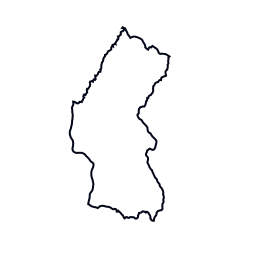 Brasília de Minas, Minas Gerais, Brazil, rotated 159°
{"feature_id": "56859067B44310993838483", "entity_name": "Brasília de Minas", "entity_type": "district", "adm_level": 2, "iso_a3": "BRA", "parent_name": "Brazil", "parent_adm1": "Minas Gerais", "projection": "equal_earth", "projection_center": [-44.453, -16.238], "detail": "fine", "context": "isolated", "style": "outline", "palette": "ink", "viewbox_px": 256, "rotation_deg": 159, "n_neighbors": 0, "source": "geoboundaries", "source_scale": "gbopen_adm2", "svg_char_len": 5713}
<svg xmlns="http://www.w3.org/2000/svg" viewBox="0 0 256 256"><g transform="rotate(159 128 128)"><path d="M96.4,222.6L96.6,221.0L98.1,220.2L99.4,220.4L100.5,220.0L100.9,218.4L101.6,217.5L102.4,217.5L103.6,216.7L104.6,217.0L104.8,215.3L105.4,214.3L106.3,214.5L106.8,213.6L107.7,213.1L108.6,212.4L109.4,211.6L109.6,210.6L110.5,211.4L111.3,211.0L112.4,211.1L112.7,209.6L113.3,210.4L114.1,209.6L115.0,208.9L115.4,207.5L116.4,207.1L117.7,206.8L118.9,206.8L120.0,205.9L121.0,205.0L122.1,204.4L123.3,204.5L123.9,203.0L125.1,202.5L126.1,201.5L126.7,200.6L127.3,199.4L128.5,198.7L129.3,197.7L130.3,196.4L130.8,195.1L131.4,193.6L132.1,192.7L133.1,192.5L133.0,191.4L133.6,190.4L135.2,190.8L136.1,190.1L136.7,189.2L137.4,188.8L138.1,188.3L139.0,188.0L139.8,188.7L140.4,187.1L140.6,185.3L141.5,184.7L142.5,185.6L143.5,184.9L144.1,183.8L145.1,184.8L145.9,184.7L146.8,184.9L147.4,184.1L147.7,182.4L148.3,181.0L149.1,180.4L150.5,179.4L151.5,178.7L152.2,179.2L152.8,178.4L153.1,177.2L153.3,175.8L154.5,175.3L155.2,174.7L156.0,174.0L156.9,175.0L157.7,174.5L158.5,173.2L158.0,172.1L158.7,171.7L159.6,171.0L160.5,169.9L161.5,169.7L161.9,168.8L162.9,169.3L164.0,169.8L165.0,169.0L166.0,168.9L167.0,169.5L167.8,170.7L168.8,171.8L169.8,172.3L170.1,171.0L170.3,170.0L171.1,169.1L172.1,168.0L173.0,167.2L173.4,165.7L173.7,164.4L174.2,163.2L174.5,162.1L174.7,160.8L175.1,159.4L175.8,158.2L176.2,157.3L176.6,156.2L177.3,155.4L177.8,154.2L178.5,152.8L179.0,151.7L179.8,150.6L180.6,149.5L181.2,148.5L181.9,147.6L182.6,146.8L183.3,146.0L183.9,144.9L184.4,143.4L184.7,142.2L184.7,140.8L184.8,139.8L184.5,138.2L184.1,136.6L184.1,135.6L184.4,134.5L184.6,133.3L185.2,132.1L185.9,130.7L186.6,129.8L187.2,128.7L187.6,127.3L187.4,125.7L186.7,124.6L185.9,123.8L184.8,123.1L183.5,122.7L182.0,122.2L181.3,121.9L180.6,121.6L179.8,121.2L178.8,120.2L177.8,119.0L177.4,117.8L176.9,116.4L176.3,115.3L175.9,114.3L175.5,113.2L175.2,112.0L174.8,110.5L174.4,109.5L173.7,108.7L173.1,107.5L173.3,106.1L174.0,104.8L174.7,103.8L175.5,103.0L176.3,102.3L177.0,101.4L177.7,100.5L178.2,99.6L178.7,98.3L179.2,96.8L179.5,95.4L179.6,94.0L179.7,92.1L179.9,90.7L180.1,89.4L180.5,88.0L181.4,86.2L182.2,84.7L182.9,83.6L183.7,82.6L184.8,81.8L186.1,81.0L187.3,80.0L188.0,78.6L188.5,77.3L189.0,76.3L189.7,75.4L190.4,74.4L191.2,73.3L191.8,72.3L192.4,71.1L191.7,70.5L191.2,69.5L190.5,68.6L189.4,67.4L188.3,66.6L187.5,66.1L186.6,65.6L185.7,64.8L184.9,64.1L184.1,64.3L183.1,64.8L182.1,64.9L181.2,64.9L180.3,64.7L179.1,64.3L177.9,63.5L176.8,62.6L176.1,62.2L175.3,61.8L174.4,61.3L173.8,60.9L172.9,60.0L172.0,58.7L171.3,57.7L170.4,57.2L169.4,57.3L168.5,56.7L168.1,55.5L168.5,54.0L167.5,53.6L166.7,54.1L166.1,52.7L165.5,51.9L165.1,50.9L164.8,49.3L164.1,48.5L164.0,47.0L164.1,45.9L163.4,44.8L162.1,45.5L161.0,45.3L160.4,44.3L159.3,43.7L158.0,44.1L157.2,43.8L156.5,43.3L155.5,43.1L154.7,42.6L154.1,41.7L153.3,40.6L152.0,40.4L150.7,41.1L150.0,42.7L148.8,43.7L148.1,44.8L147.3,44.5L146.3,44.3L145.1,44.7L144.1,44.9L143.4,44.4L142.4,43.8L141.7,42.7L141.0,43.3L140.0,42.6L139.3,41.6L139.3,40.3L138.8,38.9L138.9,37.8L139.0,36.6L139.6,35.5L139.1,34.5L139.1,33.4L138.2,32.7L137.2,32.1L136.4,33.4L135.8,34.4L135.1,35.2L134.1,35.9L133.2,36.2L132.3,37.2L131.8,38.5L130.9,39.2L129.7,39.7L128.6,39.7L127.4,39.6L126.4,39.3L125.5,39.6L124.7,40.3L124.4,41.4L124.0,42.7L123.5,43.7L122.8,45.0L121.7,45.8L121.0,46.8L120.9,48.1L120.5,48.9L119.6,49.7L119.3,51.0L119.0,52.1L119.0,53.6L118.3,54.7L118.0,56.0L117.9,57.1L118.0,58.4L118.2,59.8L118.9,61.4L119.0,63.1L118.7,64.3L119.2,65.6L119.6,67.0L119.7,68.1L119.5,69.4L119.7,70.5L120.3,71.5L120.5,72.5L120.6,74.1L120.7,75.8L120.8,77.4L120.9,78.6L120.7,79.9L121.3,80.9L121.8,82.9L122.0,84.3L121.9,85.4L122.0,86.6L122.2,87.9L122.2,89.0L121.5,90.1L120.7,91.2L120.3,92.1L120.0,93.2L120.2,94.2L120.8,95.5L120.7,97.0L119.9,98.0L119.0,98.7L118.6,99.5L118.0,100.2L117.1,100.2L116.2,100.8L115.1,100.9L114.4,100.3L113.8,99.5L113.0,98.8L112.1,98.7L111.2,98.7L110.4,99.3L109.4,100.3L108.6,101.5L108.0,102.4L107.5,103.2L106.9,103.9L106.4,104.8L106.1,106.0L106.5,107.5L107.1,108.8L107.5,109.9L108.2,111.1L108.6,112.9L108.8,114.6L109.4,115.4L110.1,116.3L110.5,117.6L110.4,119.0L110.1,120.3L109.7,121.4L110.0,122.7L110.4,123.9L110.7,124.8L111.3,126.1L111.9,127.3L112.1,128.4L112.3,129.5L112.6,130.8L113.4,131.6L114.0,132.3L114.4,133.3L114.6,134.8L114.7,136.3L114.1,137.3L113.1,137.6L112.5,138.2L112.1,139.5L111.5,140.7L111.0,141.8L110.1,142.2L109.3,142.9L108.3,142.9L107.3,142.8L106.2,142.8L105.4,142.2L104.3,142.7L103.3,143.6L102.6,144.7L101.9,145.5L101.5,146.5L100.6,146.7L99.9,147.9L99.3,149.1L98.4,148.6L97.7,149.8L96.9,150.3L95.8,150.7L94.5,150.7L93.4,151.7L92.2,152.2L91.5,153.2L90.8,154.5L90.5,155.9L89.9,156.9L89.4,158.0L88.6,158.2L87.7,159.0L86.7,159.9L85.5,160.3L84.7,160.3L83.5,160.1L82.7,160.7L81.9,161.2L81.0,161.4L80.0,160.9L79.5,161.8L78.7,163.1L77.6,163.0L76.6,163.3L75.5,163.3L74.6,163.1L73.7,163.2L73.5,165.0L73.2,166.0L72.9,167.0L72.2,167.7L71.4,168.2L70.5,168.4L69.8,169.6L68.9,170.8L68.6,172.0L68.2,173.0L67.3,173.7L66.8,174.7L66.7,175.8L66.2,176.7L65.6,177.7L65.0,179.3L63.6,179.9L64.5,181.0L65.2,182.1L65.8,182.8L66.7,183.7L67.8,184.2L68.6,184.6L69.3,185.1L70.3,185.4L71.4,185.6L72.0,186.3L72.4,187.5L72.3,189.2L72.5,190.7L73.1,191.9L73.6,192.9L74.3,193.6L75.0,194.7L75.7,195.8L76.5,195.6L77.4,194.9L78.3,195.5L79.1,195.7L80.1,194.9L81.1,193.9L81.9,194.9L82.5,196.1L83.0,197.0L82.5,198.3L82.4,200.1L82.9,201.9L83.1,204.1L83.3,205.4L83.9,206.3L84.5,207.1L85.2,207.8L86.0,208.7L87.0,209.5L88.0,210.3L88.8,210.8L89.7,211.2L90.6,211.5L92.2,211.4L93.5,211.3L93.8,212.8L94.2,214.2L94.6,215.2L94.6,216.7L94.6,218.1L94.9,219.8L94.9,221.4L95.2,222.4L96.4,222.6ZM96.4,222.6L96.8,223.9L97.6,223.5L96.4,222.6Z" fill="none" stroke="#020617" stroke-width="2"/></g></svg>